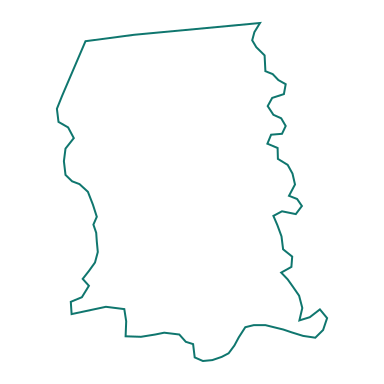 Serra Alta, Santa Catarina, Brazil
{"feature_id": "56859067B85443847407592", "entity_name": "Serra Alta", "entity_type": "district", "adm_level": 2, "iso_a3": "BRA", "parent_name": "Brazil", "parent_adm1": "Santa Catarina", "projection": "albers", "projection_center": [-53.016, -26.695], "detail": "fine", "context": "isolated", "style": "outline", "palette": "teal", "viewbox_px": 384, "rotation_deg": 0, "n_neighbors": 0, "source": "geoboundaries", "source_scale": "gbopen_adm2", "svg_char_len": 1239}
<svg xmlns="http://www.w3.org/2000/svg" viewBox="0 0 384 384"><path d="M71.6,314.1L105.9,306.8L124.3,309.1L126.2,321.3L125.6,336.3L141.0,336.8L155.3,334.5L164.2,332.7L179.3,334.5L185.8,341.8L193.1,344.1L194.7,357.4L202.9,361.0L212.3,360.1L221.7,356.9L228.6,353.3L234.4,345.5L238.8,337.3L245.3,327.2L253.9,325.1L265.3,325.1L275.8,327.7L283.2,329.5L291.8,332.4L303.1,335.9L315.3,337.7L323.1,330.0L327.1,318.1L319.9,309.4L309.8,317.2L299.4,320.4L302.3,308.0L299.1,295.7L292.6,286.3L287.7,279.4L281.2,272.6L291.4,266.9L292.2,256.6L283.1,249.3L281.5,236.4L277.4,225.2L273.4,215.9L282.0,211.3L295.8,214.1L301.9,206.0L297.1,199.0L289.0,195.8L295.0,184.5L292.5,173.6L287.7,164.9L277.9,158.9L277.6,148.0L267.4,143.7L271.1,134.7L282.0,133.8L285.7,126.0L281.2,118.3L273.4,114.8L267.7,106.1L272.2,97.9L283.9,94.1L285.7,84.2L278.4,80.1L272.7,74.1L265.4,71.2L264.6,55.4L256.3,47.2L252.2,40.3L254.4,32.1L260.0,23.0L134.0,34.8L85.5,41.2L62.2,95.6L56.9,108.8L58.5,121.9L68.1,127.4L73.8,138.1L65.5,148.6L63.9,161.2L65.5,174.9L72.1,181.3L79.5,184.1L87.9,191.8L92.9,204.6L96.8,216.8L93.4,224.6L96.2,232.8L96.8,241.5L97.8,252.0L95.0,262.5L88.9,271.0L82.7,278.9L88.9,285.8L81.9,297.2L70.8,301.8L71.6,314.1Z" fill="none" stroke="#0f766e" stroke-width="2"/></svg>